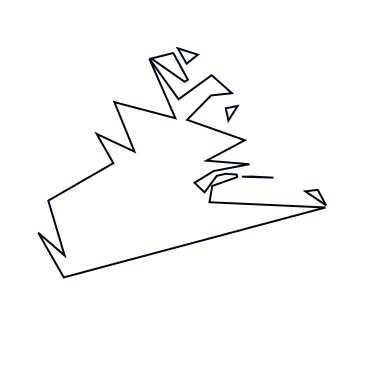 Kommune Kujalleq, orthographic projection, rotated 203°
{"feature_id": "GRL-2740", "entity_name": "Kommune Kujalleq", "entity_type": "state/province", "adm_level": 1, "iso_a3": "GRL", "parent_name": "Greenland", "parent_adm1": "", "projection": "orthographic", "projection_center": [-44.745, 61.276], "detail": "coarse", "context": "isolated", "style": "outline", "palette": "ink", "viewbox_px": 384, "rotation_deg": 203, "n_neighbors": 0, "source": "natural_earth", "source_scale": "10m", "svg_char_len": 762}
<svg xmlns="http://www.w3.org/2000/svg" viewBox="0 0 384 384"><g transform="rotate(203 192 192)"><path d="M276.7,63.3L317.6,94.4L284.4,83.7L320.9,127.9L275.7,187.8L302.4,208.2L260.7,206.7L298.5,244.4L236.1,253.4L283.4,298.1L240.6,272.1L219.5,307.2L193.9,298.5L212.2,288.3L224.7,256.5L163.6,260.3L190.9,226.5L150.0,240.0L180.1,219.9L193.3,201.5L180.3,196.6L175.5,216.5L168.2,221.9L157.7,225.5L156.2,223.4L175.7,205.5L171.9,189.4L63.1,229.9L276.7,63.3ZM281.6,299.0L263.5,312.6L239.6,293.7L242.0,290.6L281.6,299.0ZM247.1,308.0L261.2,318.7L240.3,320.7L247.1,308.0ZM63.3,232.1L88.0,236.9L77.1,243.1L63.3,232.1ZM142.3,229.8L122.7,237.0L152.1,225.6L142.3,229.8ZM186.4,272.0L193.6,282.3L183.6,289.0L186.4,272.0Z" fill="none" stroke="#020617" stroke-width="2"/></g></svg>